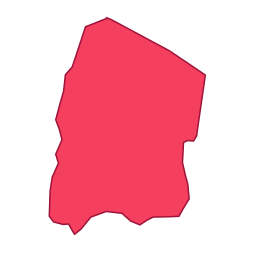 outline of Ödeshög, Östergötland, Sweden, rotated 93°
{"feature_id": "70781695B38762641138003", "entity_name": "Ödeshög", "entity_type": "district", "adm_level": 2, "iso_a3": "SWE", "parent_name": "Sweden", "parent_adm1": "Östergötland", "projection": "natural_earth1", "projection_center": [14.746, 58.253], "detail": "fine", "context": "isolated", "style": "filled", "palette": "rose", "viewbox_px": 256, "rotation_deg": 93, "n_neighbors": 0, "source": "geoboundaries", "source_scale": "gbopen_adm2", "svg_char_len": 720}
<svg xmlns="http://www.w3.org/2000/svg" viewBox="0 0 256 256"><g transform="rotate(93 128 128)"><path d="M236.9,175.8L231.5,169.7L218.9,160.4L212.5,145.4L213.5,129.6L220.9,120.3L224.1,111.0L218.8,103.9L218.5,103.3L215.6,98.2L214.6,83.9L213.5,72.5L206.1,68.9L195.9,63.4L195.6,63.2L180.8,65.4L172.3,68.2L159.7,71.8L139.6,71.8L137.5,68.2L137.5,61.8L132.0,58.9L131.8,59.1L71.1,53.5L48.7,90.8L20.5,150.7L19.1,154.8L19.5,154.6L29.1,175.7L60.2,184.2L69.9,186.9L78.1,193.3L94.4,194.2L102.7,196.1L106.6,197.0L123.5,200.6L133.0,196.5L143.1,193.3L158.0,198.8L166.8,195.6L181.0,201.1L195.2,202.5L220.2,202.0L225.7,197.4L227.7,187.8L227.0,182.3L233.7,178.1L236.9,175.8Z" fill="#f43f5e" stroke="#9f1239" stroke-width="1.5"/></g></svg>